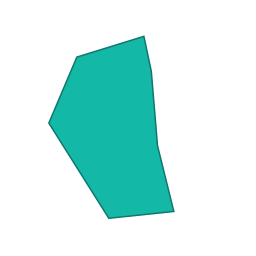 the border of City of Freeport, rotated 293°
{"feature_id": "BHS-5010", "entity_name": "City of Freeport", "entity_type": "District", "adm_level": 1, "iso_a3": "BHS", "parent_name": "The Bahamas", "parent_adm1": "", "projection": "robinson", "projection_center": [-78.623, 26.526], "detail": "fine", "context": "isolated", "style": "filled", "palette": "teal", "viewbox_px": 256, "rotation_deg": 293, "n_neighbors": 0, "source": "natural_earth", "source_scale": "10m", "svg_char_len": 263}
<svg xmlns="http://www.w3.org/2000/svg" viewBox="0 0 256 256"><g transform="rotate(293 128 128)"><path d="M218.6,106.8L189.3,127.3L123.2,162.1L69.1,202.8L37.4,145.6L101.6,53.2L173.3,53.2L218.6,106.8Z" fill="#14b8a6" stroke="#0f766e" stroke-width="1.5"/></g></svg>